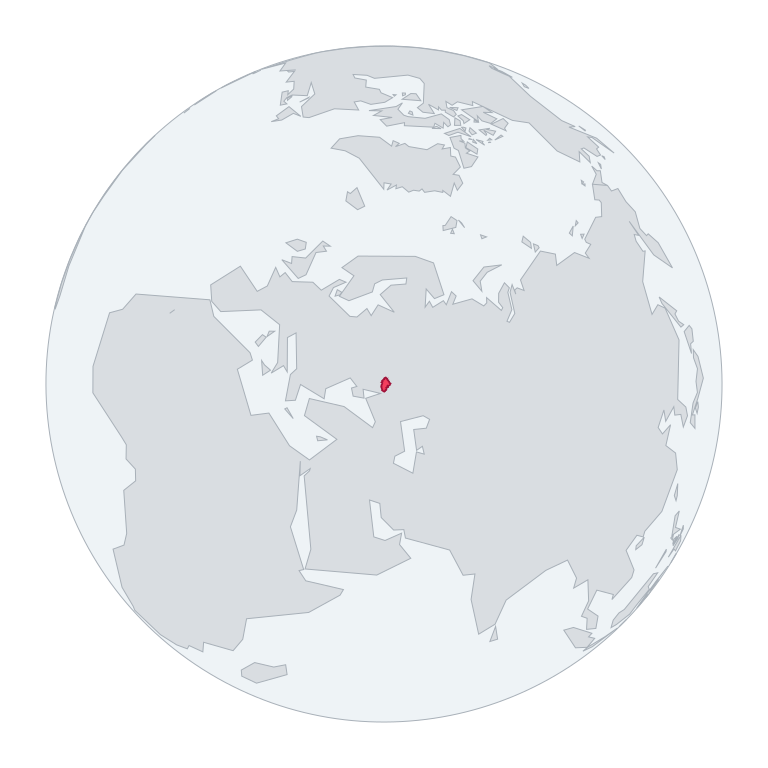 Luhans'k on an orthographic globe, rotated 31°
{"feature_id": "UKR-329", "entity_name": "Luhans'k", "entity_type": "Region", "adm_level": 1, "iso_a3": "UKR", "parent_name": "Ukraine", "parent_adm1": "", "projection": "orthographic", "projection_center": [38.683, 48.937], "detail": "fine", "context": "on_globe", "style": "filled", "palette": "rose", "viewbox_px": 768, "rotation_deg": 31, "n_neighbors": 0, "source": "natural_earth", "source_scale": "10m", "svg_char_len": 13536}
<svg xmlns="http://www.w3.org/2000/svg" viewBox="0 0 768 768"><g transform="rotate(31 384 384)"><circle cx="384" cy="384" r="338" fill="#eef3f6" stroke="#a8b0b8"/><path d="M306.6,55.1L309.0,54.5L319.5,55.8L310.1,57.1L313.7,57.9L325.8,56.6L332.8,55.7L361.5,62.0L400.6,66.7L415.3,64.9L410.2,68.5L439.6,63.8L462.3,67.5L435.2,65.6L431.3,67.3L446.0,70.4L445.1,73.0L451.7,76.2L449.4,79.2L433.8,78.7L432.0,80.8L442.5,83.1L446.8,88.0L431.6,84.3L437.5,92.8L412.4,95.1L373.8,85.5L358.3,91.9L314.3,96.4L316.7,99.6L301.6,104.3L298.8,110.0L291.5,109.9L295.6,114.7L302.8,113.8L307.1,115.7L306.1,119.2L296.5,119.4L295.6,117.7L292.3,119.6L288.0,118.4L289.6,121.0L278.1,121.3L287.9,126.3L277.4,131.0L270.3,129.9L273.1,123.0L263.7,105.7L257.3,103.6L245.4,106.9L218.4,126.9L210.5,128.1L198.1,134.6L201.4,136.7L212.3,132.6L215.4,138.9L228.3,133.8L231.5,135.9L243.9,134.1L239.6,142.1L228.7,151.1L218.2,153.3L213.2,157.6L221.2,162.2L199.8,173.6L182.5,194.3L177.2,196.8L170.4,188.7L175.3,171.0L166.4,163.1L169.7,176.4L156.4,183.6L153.2,188.5L152.5,193.2L156.5,193.9L151.5,198.4L146.4,186.3L150.9,181.9L152.5,185.6L154.7,177.7L151.1,170.8L144.7,175.6L146.2,162.2L141.6,165.7L139.4,165.2L146.6,160.2L133.6,169.3L134.4,159.5L116.8,177.5L136.7,154.9L145.5,145.4L154.6,136.0L151.8,138.6L160.1,130.9L178.5,115.8L197.9,102.0L218.2,89.6L239.3,78.6L261.2,69.2L283.7,61.3L306.6,55.1ZM59.8,288.7L57.6,296.8L57.4,297.5L49.7,335.2L47.0,367.7L46.3,383.2L46.1,385.9L46.5,396.9L46.5,400.9L53.1,445.2L60.8,475.4L63.5,488.9L62.7,488.7L55.8,464.3L50.7,439.4L47.4,414.3L46.1,388.9L46.7,363.5L49.2,338.3L53.6,313.3L59.8,288.7ZM113.0,182.2L91.9,214.2L95.8,207.5L113.0,182.2ZM113.6,183.0L116.8,178.4L114.2,182.2L113.6,183.0ZM336.1,55.0L326.1,56.4L315.5,57.0L323.9,55.4L336.1,55.0ZM356.0,56.0L351.1,56.9L347.5,54.9L351.4,54.9L356.0,56.0ZM426.0,63.5L418.0,62.5L426.0,62.7L426.0,63.5ZM453.1,76.2L455.6,75.8L458.0,77.7L453.1,76.2ZM245.4,129.9L244.6,132.0L242.7,131.2L245.4,129.9ZM251.5,127.4L249.8,125.1L252.5,123.6L253.4,125.0L251.5,127.4ZM456.6,84.2L459.6,87.8L453.8,84.0L456.6,84.2ZM252.9,130.6L257.4,121.2L262.0,118.7L269.7,122.2L252.9,130.6ZM459.6,89.8L467.1,99.0L473.3,98.7L459.8,105.4L457.9,94.9L449.8,90.2L456.8,91.5L459.6,89.8ZM305.6,112.0L297.8,113.1L305.2,109.1L305.6,112.0ZM309.3,109.0L325.9,95.1L336.9,95.7L329.1,100.0L344.1,98.6L341.3,105.7L332.4,108.0L325.9,106.1L329.8,110.4L309.3,109.0ZM451.1,108.0L450.6,110.4L448.2,107.8L451.1,108.0ZM309.3,116.2L311.7,113.1L321.4,113.3L318.4,119.6L316.3,117.5L309.3,116.2ZM349.4,95.1L356.1,96.6L355.6,102.6L358.2,104.1L342.2,106.0L349.4,95.1ZM313.6,119.2L316.6,122.8L311.2,126.0L307.7,119.3L313.6,119.2ZM325.2,110.9L329.7,111.3L326.2,113.1L325.2,110.9ZM293.5,140.2L296.2,136.1L301.4,135.7L293.5,140.2ZM318.2,124.0L320.0,122.9L322.4,122.4L323.3,125.5L318.2,124.0ZM343.0,110.3L341.4,112.7L349.5,109.8L349.5,114.6L338.8,115.1L343.4,116.9L343.4,118.4L334.7,117.2L343.0,110.3ZM331.3,127.2L317.7,130.1L311.6,137.6L306.8,138.0L317.4,125.9L331.3,127.2ZM334.0,121.4L331.2,125.0L326.6,123.4L325.7,120.0L334.0,121.4ZM353.3,117.8L356.1,110.3L358.3,110.5L353.3,117.8ZM330.5,129.7L333.8,129.0L330.6,130.4L330.5,129.7ZM347.3,121.7L348.0,118.9L350.5,119.2L347.3,121.7ZM339.8,130.1L335.4,130.9L334.6,128.4L339.8,130.1ZM344.0,126.5L347.3,127.5L337.0,127.1L343.9,125.1L344.0,126.5ZM349.6,122.4L351.3,121.7L349.0,123.5L349.6,122.4ZM345.3,139.1L332.5,139.2L330.7,133.6L343.4,134.3L345.3,139.1ZM125.5,518.8L112.1,464.3L121.5,454.5L125.1,434.6L191.4,401.5L203.3,413.7L253.1,426.2L258.9,431.3L250.7,446.9L286.1,479.4L300.3,468.2L334.8,485.6L359.2,487.5L372.1,455.7L332.1,452.1L327.5,434.9L361.4,423.9L396.7,427.3L396.0,420.8L375.7,405.7L385.8,393.9L368.8,399.3L374.2,406.4L363.8,410.3L358.2,404.2L362.0,400.1L351.9,396.2L336.5,418.0L340.3,427.5L312.7,427.4L316.4,443.6L308.2,449.2L298.9,424.1L301.3,415.9L282.3,385.5L277.3,393.9L294.8,423.5L288.4,420.0L281.7,432.8L281.8,420.4L264.0,386.9L240.4,383.8L206.8,406.0L193.8,401.9L184.4,388.3L200.2,357.0L227.6,369.9L233.5,360.1L231.1,339.8L239.6,345.8L241.9,339.4L252.6,343.5L270.6,333.4L281.9,335.9L291.9,317.3L299.0,316.3L291.0,327.4L291.6,336.9L319.9,343.6L326.3,340.5L330.5,328.1L337.8,332.0L338.2,319.2L355.9,317.2L334.7,309.3L339.1,295.7L351.3,287.0L348.9,281.4L329.0,295.7L324.4,302.9L326.6,311.1L311.0,330.7L300.6,331.8L302.5,306.7L288.0,305.9L295.9,287.7L345.1,258.5L364.1,254.7L389.4,276.6L383.3,284.8L371.2,280.8L379.7,297.0L380.3,289.7L386.3,293.2L392.0,282.0L396.6,284.0L394.3,270.1L400.5,271.4L401.9,280.2L415.6,265.7L429.3,265.7L430.3,261.5L427.4,257.1L446.7,260.5L446.5,257.4L440.1,254.9L435.6,247.2L435.1,235.2L441.9,237.0L442.9,241.6L455.3,254.4L457.1,266.9L459.8,266.5L459.8,256.2L444.8,240.4L442.6,232.8L450.7,239.1L447.6,236.2L448.6,233.0L455.9,231.7L447.4,224.5L449.6,189.5L464.0,184.4L471.0,193.4L479.6,173.2L495.1,170.6L489.1,168.1L489.3,157.8L484.4,158.4L481.5,156.5L479.6,132.1L484.4,128.4L476.8,116.6L473.7,115.5L469.8,117.5L459.8,105.4L473.3,98.7L479.6,101.4L483.8,96.0L497.5,103.1L510.7,107.0L523.2,118.9L532.6,121.6L533.1,119.2L546.3,121.7L571.5,135.9L548.7,134.4L510.4,118.3L525.8,125.4L521.5,127.0L526.6,131.8L537.6,136.9L539.3,135.4L553.0,163.0L577.9,186.3L577.9,175.0L585.9,174.2L614.2,194.3L643.7,246.0L654.6,248.3L660.5,254.9L662.7,266.7L654.1,257.2L649.3,260.9L644.1,254.2L644.7,270.9L637.3,262.1L641.4,280.1L648.4,283.4L650.6,271.3L657.3,291.6L669.5,293.0L679.5,306.4L687.8,350.1L683.4,375.9L684.9,381.6L678.7,383.4L677.2,401.9L694.1,414.6L696.0,422.3L690.4,451.4L689.0,446.3L672.6,451.1L674.4,472.0L687.0,472.7L691.5,484.4L684.0,490.0L678.8,480.2L672.9,481.4L671.1,464.5L659.6,446.8L651.7,461.3L649.0,451.2L632.0,440.4L618.7,460.4L600.0,506.3L602.9,532.7L594.0,549.7L569.6,523.8L559.8,500.0L550.3,507.2L525.8,492.5L481.7,505.0L476.0,498.6L467.5,504.2L450.4,499.9L441.9,488.5L431.3,490.9L454.0,520.3L465.5,517.6L475.9,502.8L480.0,513.6L496.7,519.6L476.2,551.5L411.6,583.2L406.4,563.3L362.9,503.9L364.9,496.8L364.7,496.0L364.3,494.5L359.2,505.9L352.0,493.2L374.1,537.0L377.3,554.6L410.7,584.4L407.3,587.7L418.3,593.0L455.1,581.1L455.1,587.6L437.1,618.6L387.1,656.0L394.4,675.6L392.0,690.3L362.4,698.3L366.7,706.9L351.6,708.6L351.8,712.3L340.6,714.4L321.4,714.0L286.9,706.3L283.5,703.7L264.2,693.2L236.8,665.1L244.1,656.0L240.4,644.6L215.7,609.2L221.0,594.9L214.7,585.0L201.5,581.1L194.4,568.8L186.6,564.7L139.0,541.5L125.5,518.8ZM166.3,428.1L163.9,433.8L166.3,428.1ZM432.9,447.1L454.7,445.6L446.8,425.5L454.6,423.4L449.0,417.6L446.1,424.1L432.9,407.7L443.0,400.1L441.3,390.8L433.9,391.0L417.5,407.7L436.3,431.0L430.5,440.3L432.9,447.1ZM57.4,297.5L56.0,303.1L57.0,298.8L57.4,297.5ZM75.7,247.8L72.9,254.9L74.8,249.3L75.7,247.8ZM87.8,221.3L85.2,226.4L89.2,219.1L77.7,242.6L81.5,233.5L86.1,224.4L87.8,221.3ZM110.4,186.2L107.8,189.9L107.0,190.8L110.4,186.2ZM111.7,185.9L112.3,184.8L114.6,181.9L111.7,185.9ZM156.7,184.3L157.0,185.4L155.2,190.6L153.9,188.9L156.7,184.3ZM160.4,210.4L152.2,217.2L157.1,210.9L153.6,209.6L159.7,195.2L174.9,197.4L166.9,198.7L160.4,210.4ZM172.0,177.6L166.5,185.8L172.0,176.8L172.0,177.6ZM244.4,302.6L247.0,308.8L241.4,314.9L227.2,313.5L235.1,304.5L244.4,302.6ZM252.0,316.4L257.9,293.0L267.0,293.5L260.9,297.0L266.3,299.8L258.0,306.3L260.9,330.5L256.1,337.7L232.4,330.1L242.7,328.3L239.6,322.1L252.0,316.4ZM257.0,238.1L259.7,229.6L275.9,241.5L271.6,248.2L257.0,246.7L253.7,238.0L257.0,238.1ZM265.5,139.4L265.5,136.6L268.1,136.3L270.3,138.6L265.5,139.4ZM294.3,138.3L268.4,152.1L267.0,149.4L253.5,161.6L244.6,159.3L253.7,151.3L236.7,159.2L241.4,151.1L230.3,157.4L251.5,139.9L255.0,133.5L254.4,141.3L262.5,143.4L267.0,142.4L282.4,135.1L294.0,123.0L303.7,123.8L307.6,127.6L306.3,130.6L300.4,129.0L302.9,134.2L293.4,134.3L294.3,138.3ZM347.1,180.2L340.7,175.6L344.3,188.9L334.7,187.8L335.7,189.5L327.9,192.3L320.1,198.8L316.1,197.2L314.8,200.5L309.5,202.7L306.4,206.8L298.1,205.5L293.6,210.5L292.2,207.0L286.7,216.2L287.1,208.9L280.4,211.5L283.5,217.2L246.5,203.2L230.6,204.1L217.2,209.1L219.7,196.7L233.9,184.5L253.1,174.8L268.0,176.2L266.5,170.7L273.1,169.9L271.6,174.6L278.0,167.0L283.0,167.7L300.2,161.0L306.2,150.4L312.7,148.0L312.8,152.6L319.1,147.1L323.8,154.2L328.4,152.7L337.7,158.7L335.3,168.7L340.8,166.5L348.1,171.3L347.1,180.2ZM347.6,141.0L347.0,152.6L341.4,157.9L327.5,145.5L322.6,145.8L313.6,138.7L321.9,131.3L323.7,134.0L327.4,134.9L323.3,136.8L329.4,135.9L332.1,139.7L337.5,140.1L335.8,143.7L347.6,141.0ZM267.0,426.9L271.8,429.2L279.6,430.6L275.5,439.0L267.0,426.9ZM254.4,404.3L258.9,404.6L257.0,416.5L252.0,414.4L254.4,404.3ZM263.1,395.1L259.3,403.7L258.4,397.8L263.1,395.1ZM295.4,327.2L300.5,327.1L300.4,330.2L296.8,333.9L295.4,327.2ZM355.7,222.0L352.9,217.9L354.8,216.5L355.3,206.0L362.4,206.3L364.9,212.8L355.7,222.0ZM364.3,461.0L356.4,466.8L353.1,463.5L356.5,462.1L364.3,461.0ZM313.1,454.3L324.0,460.4L311.8,456.5L313.1,454.3ZM363.5,220.5L362.9,216.0L366.8,219.0L363.5,220.5ZM367.7,206.0L372.6,208.5L363.3,205.1L367.7,206.0ZM450.6,683.0L428.8,706.1L412.6,707.7L409.0,702.7L416.6,689.4L435.3,683.4L444.3,675.3L450.6,683.0ZM712.6,462.7L710.5,470.9L711.4,467.3L713.0,461.3L712.6,462.7ZM709.8,472.9L697.8,502.0L692.1,510.6L694.3,504.3L703.5,486.9L709.8,472.9ZM693.7,505.1L684.0,511.5L664.9,502.4L671.8,495.1L690.6,490.6L689.6,495.4L695.6,493.5L693.7,505.1ZM714.3,443.3L713.1,454.7L707.2,470.2L704.1,475.9L702.1,468.4L703.3,459.2L706.1,453.5L712.7,407.9L715.8,404.9L714.8,421.6L717.1,423.4L714.3,443.3ZM604.5,534.3L612.8,544.2L607.4,550.2L604.5,534.3ZM712.1,382.5L711.6,402.0L711.1,380.1L712.1,382.5ZM709.9,364.8L711.5,369.2L709.1,368.3L709.9,364.8ZM687.9,388.9L685.1,396.3L683.5,392.8L686.0,381.3L687.9,388.9ZM687.1,318.0L692.9,328.7L694.4,333.6L690.3,330.1L687.1,318.0ZM423.6,221.2L414.9,235.1L413.5,246.3L420.1,254.1L407.1,249.6L409.4,232.3L423.6,221.2ZM445.7,193.0L439.9,186.9L444.7,186.1L446.8,187.3L445.7,193.0ZM440.5,191.8L429.0,191.2L427.2,185.6L436.7,187.1L440.5,191.8ZM396.1,205.1L393.1,209.1L389.9,206.4L396.1,205.1ZM718.5,432.2L718.5,428.3L716.9,441.8L716.0,445.9L716.5,438.7L717.9,422.6L718.7,413.5L721.2,393.8L718.2,420.7L718.7,423.8L720.4,410.1L719.1,423.2L719.2,426.5L719.1,427.8L718.5,432.2ZM721.9,389.4L721.8,385.8L721.6,378.9L721.9,379.6L721.9,387.4L721.9,389.4ZM719.8,376.9L717.5,376.1L716.9,386.0L716.5,360.7L719.0,365.7L719.8,376.9ZM715.4,364.9L715.1,374.1L714.4,360.8L715.4,364.9ZM714.1,372.9L712.3,367.8L713.5,363.6L714.1,372.9ZM715.9,361.9L713.3,350.8L715.2,354.1L715.9,361.9ZM707.7,356.8L712.8,355.8L708.8,365.5L701.4,347.0L702.5,340.7L707.7,356.8ZM667.5,247.9L663.2,244.1L662.1,237.5L665.4,241.9L667.5,247.9ZM654.7,214.5L660.4,234.6L664.3,251.7L666.4,250.3L673.4,261.9L666.4,259.4L658.7,241.1L657.0,229.8L650.1,221.1L644.8,209.4L635.8,202.1L631.4,195.3L639.0,198.7L654.7,214.5ZM631.9,199.5L614.3,184.5L615.4,176.6L619.5,178.1L627.1,188.1L626.1,191.6L631.9,199.5ZM610.4,178.8L609.2,182.3L580.8,171.8L575.0,167.7L597.2,170.5L597.3,174.1L604.1,178.4L610.4,178.8ZM454.3,110.7L451.0,110.4L453.3,109.0L454.3,110.7ZM478.9,157.2L475.4,154.4L478.3,152.5L478.9,157.2ZM467.4,145.9L466.5,149.9L464.6,144.9L467.4,145.9ZM465.1,159.2L464.8,151.1L469.1,160.0L465.1,159.2Z" fill="#d9dde1" stroke="#a8b0b8" stroke-width="1"/><path d="M382.1,377.4L382.4,377.4L382.5,377.4L382.7,377.8L382.8,377.8L383.0,377.9L383.2,378.0L383.3,378.0L383.6,378.0L383.8,378.0L383.9,377.9L383.9,378.0L384.0,378.1L384.2,378.4L384.6,378.5L384.8,378.6L384.9,378.8L385.0,378.9L385.3,378.9L385.5,378.8L385.6,378.6L385.8,378.5L386.1,379.1L386.3,379.3L386.5,379.3L386.8,379.2L387.0,379.3L387.3,379.3L387.4,379.5L387.5,379.8L387.6,380.0L387.8,380.1L388.0,380.2L388.2,380.4L388.3,380.4L388.5,380.4L388.9,380.0L389.0,380.0L389.5,380.1L389.5,380.3L389.3,380.5L389.2,380.7L389.2,380.9L389.3,381.1L389.4,381.3L389.6,381.5L389.6,381.9L389.6,382.1L389.4,382.3L389.3,382.5L389.2,382.6L388.9,382.9L388.8,383.0L388.8,383.3L388.7,383.3L388.4,383.3L388.1,383.4L387.9,383.4L387.9,383.5L387.8,383.8L388.0,383.9L388.0,384.0L388.3,384.3L388.6,384.3L388.8,384.3L388.9,384.5L389.0,384.4L389.1,384.2L389.2,384.3L389.3,384.4L389.3,384.5L389.2,384.7L389.0,384.8L388.9,384.8L388.4,384.7L388.2,384.8L388.1,385.0L387.7,385.9L387.7,386.0L387.9,386.0L388.4,386.1L388.5,386.1L388.6,386.4L388.6,386.5L388.7,387.0L388.8,387.1L388.9,387.3L388.7,387.4L388.4,387.7L388.7,387.8L388.8,387.8L389.0,387.8L389.1,388.0L388.8,388.3L388.6,388.8L388.5,389.0L388.6,389.3L388.3,389.3L388.3,389.5L388.4,389.8L388.3,390.0L388.3,390.3L388.3,390.5L388.2,390.6L387.6,390.5L387.3,390.6L387.2,390.5L386.9,390.6L386.7,390.5L386.6,390.4L385.9,390.5L385.7,390.5L385.4,390.4L385.5,390.0L385.5,389.9L385.4,389.9L385.4,389.6L385.0,389.4L384.7,389.4L384.5,389.2L384.5,388.9L384.3,388.7L383.8,388.5L383.7,388.5L383.7,388.4L383.6,388.1L383.6,387.9L383.1,387.9L382.9,387.7L383.0,387.6L383.2,387.4L383.0,387.2L382.9,386.9L382.8,387.0L382.7,386.9L382.5,386.7L382.5,386.4L382.4,386.4L382.4,386.2L382.3,385.9L382.3,385.6L382.4,385.4L382.5,385.3L382.5,385.2L382.4,385.2L382.5,385.0L382.5,384.9L382.4,384.7L382.2,384.5L382.2,384.4L382.2,384.1L381.6,384.0L381.5,383.9L381.4,383.9L381.5,383.8L381.5,383.7L381.5,383.3L381.5,383.2L381.6,382.9L381.6,382.7L381.4,382.7L381.3,382.8L381.2,382.8L381.0,382.7L380.9,382.7L381.0,382.5L381.1,382.4L380.9,382.3L380.8,382.2L381.0,382.1L381.1,381.9L380.9,381.8L380.9,381.7L380.9,381.4L380.9,381.2L381.0,381.0L381.0,380.9L381.1,380.7L381.3,380.5L381.2,380.5L381.2,380.4L381.3,380.3L381.2,380.3L381.2,380.2L381.3,380.0L381.3,379.9L381.4,379.7L381.4,379.4L381.2,379.4L381.2,379.2L381.3,379.2L381.5,379.1L381.4,378.8L381.4,378.7L381.5,378.7L381.5,378.3L381.7,378.2L381.8,378.1L382.0,378.1L382.1,377.8L382.0,377.5L382.1,377.4L382.1,377.4Z" fill="#f43f5e" stroke="#9f1239" stroke-width="1.5"/></g></svg>